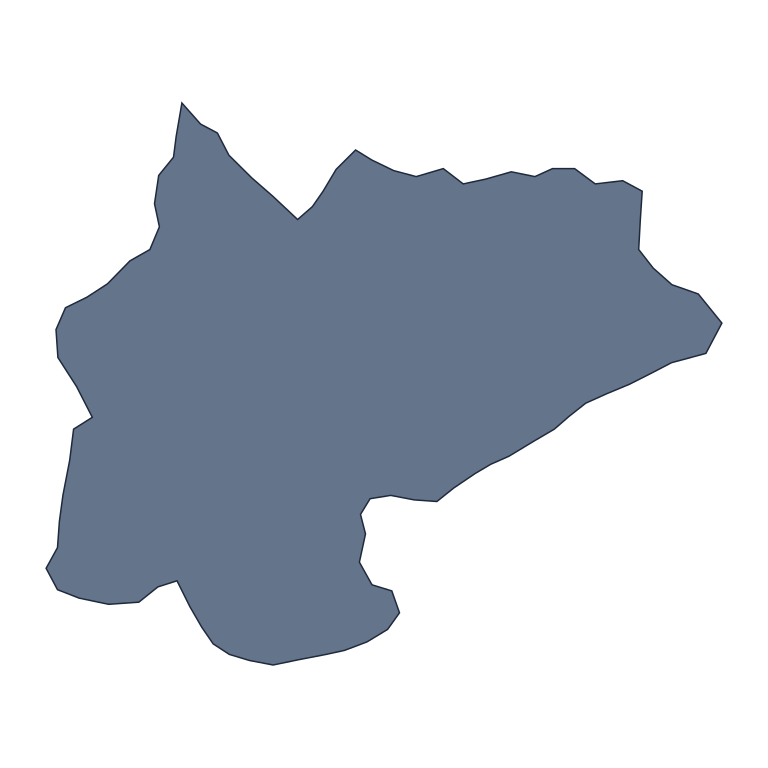 outline of Dom Cavati, Minas Gerais, Brazil
{"feature_id": "56859067B30416877761671", "entity_name": "Dom Cavati", "entity_type": "district", "adm_level": 2, "iso_a3": "BRA", "parent_name": "Brazil", "parent_adm1": "Minas Gerais", "projection": "mercator", "projection_center": [-42.09, -19.387], "detail": "fine", "context": "isolated", "style": "filled", "palette": "slate", "viewbox_px": 768, "rotation_deg": 0, "n_neighbors": 0, "source": "geoboundaries", "source_scale": "gbopen_adm2", "svg_char_len": 1210}
<svg xmlns="http://www.w3.org/2000/svg" viewBox="0 0 768 768"><path d="M721.9,323.1L698.3,294.0L671.9,284.7L653.2,268.1L638.7,249.5L640.3,220.3L642.2,191.2L622.7,180.7L595.2,183.9L574.6,168.6L552.5,168.6L534.9,176.6L511.3,171.8L485.7,179.1L463.2,183.9L443.3,168.6L416.2,176.6L393.7,170.6L372.0,160.1L355.6,150.0L336.1,169.4L323.1,191.2L312.4,206.6L297.6,219.5L273.1,196.5L251.8,177.9L228.9,155.2L217.4,133.0L200.6,124.1L181.9,103.0L176.2,136.2L173.5,157.2L158.7,175.4L154.5,203.7L159.4,226.8L149.9,249.5L130.0,260.8L107.5,283.8L86.9,297.2L65.5,307.7L56.0,329.6L57.9,357.5L76.6,386.6L92.3,417.3L73.6,429.1L69.7,460.2L62.9,495.4L59.4,521.3L57.5,547.6L46.1,568.3L57.5,589.7L79.3,598.2L108.7,604.3L138.8,602.2L157.9,586.9L177.0,580.8L189.9,606.7L201.8,627.3L213.2,643.9L229.3,654.4L249.5,660.5L273.1,665.0L298.7,659.7L326.2,654.4L344.5,650.4L367.0,641.9L387.6,629.4L399.5,612.8L391.8,590.9L372.0,584.8L359.4,562.2L365.5,533.9L360.5,514.4L370.1,498.7L390.7,495.4L414.3,499.9L436.9,501.5L453.6,488.1L475.0,473.6L490.7,464.3L509.0,456.2L533.8,441.2L554.4,429.1L568.9,416.5L585.7,403.2L606.3,393.9L629.6,384.2L652.1,372.8L671.5,362.7L705.9,353.4L721.9,323.1Z" fill="#64748b" stroke="#1e293b" stroke-width="1.5"/></svg>